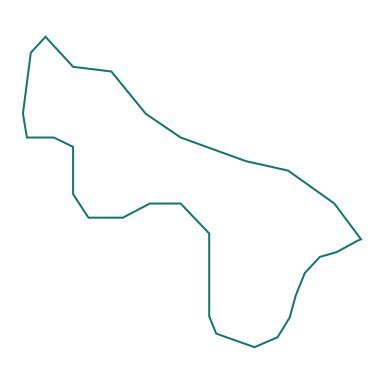 Kisela Voda, Robinson projection
{"feature_id": "MKD-2938", "entity_name": "Kisela Voda", "entity_type": "Municipality", "adm_level": 1, "iso_a3": "MKD", "parent_name": "North Macedonia", "parent_adm1": "", "projection": "robinson", "projection_center": [21.474, 41.931], "detail": "fine", "context": "isolated", "style": "outline", "palette": "teal", "viewbox_px": 384, "rotation_deg": 0, "n_neighbors": 0, "source": "natural_earth", "source_scale": "10m", "svg_char_len": 552}
<svg xmlns="http://www.w3.org/2000/svg" viewBox="0 0 384 384"><path d="M85.6,213.4L73.1,194.1L73.1,165.9L73.1,146.9L53.8,137.5L26.9,137.5L23.0,113.9L23.0,113.5L24.6,100.7L30.8,52.7L45.5,36.8L73.1,66.8L111.3,71.5L145.9,113.9L180.6,137.5L245.7,161.1L288.1,170.6L334.3,203.5L361.0,239.3L357.1,240.9L336.9,252.0L319.9,256.9L304.8,273.0L295.8,295.3L289.7,317.5L277.5,337.3L254.4,347.2L216.2,333.6L209.2,316.3L209.2,277.9L209.2,233.5L180.6,203.5L149.8,203.5L122.8,217.7L96.2,217.7L88.5,217.7L85.6,213.4Z" fill="none" stroke="#0f766e" stroke-width="2"/></svg>